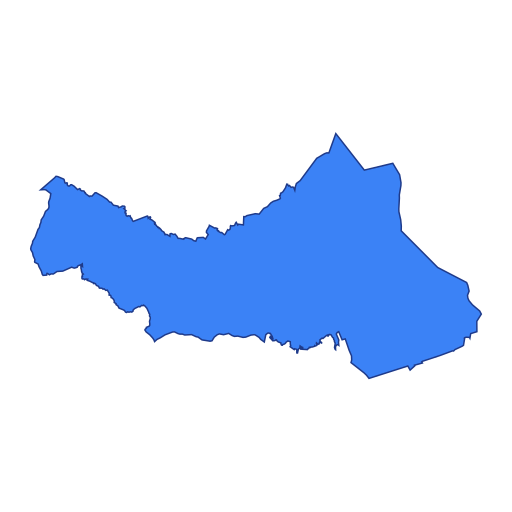 Racaciuni, Bacau, Romania
{"feature_id": "2599482B8693341278780", "entity_name": "Racaciuni", "entity_type": "district", "adm_level": 2, "iso_a3": "ROU", "parent_name": "Romania", "parent_adm1": "Bacau", "projection": "mercator", "projection_center": [26.919, 46.359], "detail": "fine", "context": "isolated", "style": "filled", "palette": "blue", "viewbox_px": 512, "rotation_deg": 0, "n_neighbors": 0, "source": "geoboundaries", "source_scale": "gbopen_adm2", "svg_char_len": 6022}
<svg xmlns="http://www.w3.org/2000/svg" viewBox="0 0 512 512"><path d="M476.9,331.7L476.8,321.3L481.3,314.1L479.7,311.0L472.4,304.8L469.0,300.7L467.9,298.2L467.5,295.3L469.1,291.1L467.8,285.3L466.6,282.5L437.7,267.5L401.2,230.8L401.3,226.1L400.7,219.8L398.9,211.7L398.8,208.9L399.4,198.1L399.3,194.9L400.9,185.6L401.0,182.7L399.6,174.7L392.8,163.3L364.3,170.1L335.8,133.6L328.9,152.9L326.6,152.9L324.5,153.7L316.7,158.3L300.2,180.6L296.4,183.5L295.4,186.6L294.8,190.3L293.6,187.3L292.3,187.0L291.1,187.4L289.5,185.5L288.7,186.0L287.9,185.1L287.7,184.3L286.8,184.1L285.5,187.8L283.0,191.7L281.5,192.9L280.6,193.2L280.3,195.4L279.6,195.6L280.4,198.2L280.0,198.8L276.9,200.2L273.3,201.3L270.7,203.0L267.4,206.7L263.7,208.4L259.2,214.1L255.3,213.7L246.9,215.6L245.2,216.7L243.8,216.6L243.4,224.9L238.4,224.2L237.8,225.0L236.2,222.3L235.5,223.2L234.7,225.2L234.2,225.6L231.8,225.9L230.6,225.6L230.3,226.7L230.4,227.9L229.8,229.5L228.5,230.2L227.7,229.7L225.1,234.4L224.3,234.7L221.7,232.5L220.5,232.6L218.9,231.6L218.6,230.9L218.3,231.2L217.3,230.4L217.1,229.3L217.5,228.8L217.1,228.4L215.6,227.9L214.7,228.1L209.4,225.3L209.2,226.2L206.5,230.9L206.4,232.4L208.2,234.6L205.5,239.0L203.3,237.4L197.9,237.7L197.2,237.9L195.8,241.2L193.8,240.7L191.7,239.1L186.2,237.8L185.2,237.7L183.8,239.1L183.4,238.7L182.8,239.1L179.9,238.4L178.1,238.4L176.9,236.3L175.1,234.1L173.5,234.5L171.3,233.5L170.3,233.7L170.0,233.9L169.9,236.3L167.0,234.5L165.0,234.6L165.0,233.9L164.2,232.9L164.1,232.3L161.4,230.5L161.2,229.8L159.9,228.4L159.3,228.5L159.2,227.8L158.0,227.5L158.2,227.1L156.7,226.2L156.3,225.3L155.8,225.1L155.5,224.2L154.7,224.3L154.5,223.4L154.9,223.2L154.6,222.8L155.0,222.4L151.7,219.8L150.1,219.3L150.6,217.3L150.2,216.8L149.8,216.9L148.2,218.3L147.9,216.4L147.3,216.0L133.2,221.4L132.4,220.4L131.7,218.5L131.3,218.0L130.9,218.0L130.1,215.8L129.5,216.1L128.1,215.7L127.3,216.3L126.2,215.6L125.9,214.2L126.1,213.6L125.9,213.0L125.1,212.9L125.0,212.1L125.2,211.5L126.1,210.8L123.9,208.6L124.9,208.3L124.9,206.7L124.4,206.2L122.2,206.0L121.5,206.7L118.6,207.6L118.0,206.1L113.4,205.2L111.0,202.2L109.6,202.1L107.0,199.3L102.1,196.1L96.1,192.7L95.0,192.8L92.0,196.1L89.9,196.0L89.4,196.5L85.7,193.7L85.4,192.8L84.7,192.7L84.6,192.0L83.9,191.0L81.5,190.8L80.4,190.1L80.4,189.2L79.7,188.6L77.6,189.6L74.1,186.2L71.6,184.7L70.6,184.8L69.5,186.0L68.3,186.0L67.3,184.9L67.3,183.1L66.9,182.8L65.4,183.1L64.9,182.8L64.1,179.6L63.7,179.1L57.8,176.6L56.0,176.3L54.5,177.9L40.7,189.8L44.2,189.6L45.9,189.9L50.8,193.6L50.1,198.1L48.8,201.5L48.6,202.9L49.0,206.0L48.9,207.4L48.5,208.5L47.6,209.6L45.5,211.4L43.7,216.1L41.2,219.9L40.9,222.4L39.9,224.8L39.4,227.5L38.0,229.4L35.2,237.2L32.7,241.3L32.5,243.2L31.2,246.3L30.7,248.7L30.9,249.8L32.5,252.6L33.2,255.9L34.9,259.6L34.6,261.7L34.8,262.3L38.1,264.0L39.0,266.7L41.3,271.0L42.3,274.4L43.1,275.4L46.7,275.1L46.9,273.4L47.5,273.4L49.4,274.8L51.0,273.9L53.3,274.0L57.0,271.5L62.8,271.1L71.6,267.2L74.2,268.1L75.6,267.8L77.3,267.2L77.7,266.1L78.7,265.5L81.2,264.6L82.3,263.8L82.5,266.5L81.6,265.8L80.9,266.1L81.0,268.7L81.4,269.7L81.5,271.2L81.9,272.0L81.9,272.8L83.3,274.1L82.3,274.8L82.4,275.9L82.2,275.8L81.9,276.8L82.0,278.6L82.4,279.0L83.8,278.9L84.5,279.7L85.9,279.0L87.6,279.2L87.0,279.9L87.1,280.3L89.8,281.2L93.3,283.0L93.8,282.8L94.0,283.3L93.9,283.6L95.4,283.6L96.4,285.4L98.5,286.3L99.4,288.1L101.7,288.2L102.7,288.6L103.0,289.2L104.2,288.9L105.8,290.4L107.3,290.1L109.2,293.3L109.1,295.1L110.5,295.3L111.0,296.2L111.1,297.6L112.0,297.9L113.5,299.3L114.3,301.0L114.2,302.5L116.1,303.6L116.0,304.6L117.9,305.9L119.0,308.1L123.2,309.8L124.5,310.5L125.5,312.1L126.6,312.5L127.7,311.8L128.9,312.2L130.6,311.8L131.8,312.1L133.0,311.2L133.1,310.1L134.6,308.6L138.8,306.5L139.9,306.9L141.7,305.4L143.0,305.7L143.6,305.1L144.9,306.0L146.9,308.3L148.6,312.0L149.0,313.3L149.7,314.2L149.5,316.0L150.2,317.1L150.3,318.5L149.5,321.3L149.8,324.0L149.7,325.4L149.1,326.2L146.3,327.4L146.4,328.2L145.1,329.3L144.9,330.0L146.1,331.9L149.8,334.8L152.6,337.9L153.8,339.6L154.6,341.6L157.0,339.4L160.3,337.8L165.1,334.8L172.6,332.0L174.5,331.9L178.0,333.6L179.8,334.1L182.4,334.1L184.7,335.0L191.6,334.6L196.1,336.7L198.1,337.1L202.0,339.9L210.1,341.2L212.0,340.8L214.3,337.1L217.3,334.7L219.4,333.9L223.6,334.7L228.7,333.4L232.0,335.5L234.4,336.4L237.8,336.1L243.0,337.4L245.8,337.1L250.9,335.1L254.1,334.7L255.2,334.9L259.1,337.4L260.7,339.4L264.3,342.0L265.8,334.7L267.6,333.2L268.9,333.0L270.1,333.7L270.4,333.5L272.3,336.6L272.4,337.5L272.9,338.3L272.8,338.9L270.3,336.4L269.8,337.5L272.8,340.8L274.9,340.6L276.0,339.8L276.5,339.9L276.8,340.7L278.2,341.9L280.9,342.9L280.9,343.8L281.5,345.1L282.4,345.2L282.6,344.6L284.5,344.0L285.5,343.2L286.1,342.2L287.9,341.0L290.3,341.7L290.3,344.1L290.7,345.5L290.1,346.7L294.2,349.6L294.6,348.8L296.8,349.4L296.8,352.9L297.5,353.0L298.3,349.5L299.0,348.6L299.7,348.4L300.1,345.9L300.9,346.5L300.6,348.6L300.8,349.2L302.3,349.2L302.4,348.2L302.0,347.8L302.1,347.2L302.7,347.4L302.7,349.3L307.4,349.6L307.7,349.0L308.8,348.5L309.3,347.3L310.5,347.5L310.7,347.1L312.4,347.0L314.6,346.3L314.7,345.8L315.0,346.1L316.6,345.5L317.0,345.0L316.4,343.7L316.5,342.9L318.1,344.3L319.2,343.8L319.2,343.1L319.6,342.1L320.5,342.3L321.3,343.1L321.6,343.0L321.6,342.5L320.5,341.7L319.8,340.0L321.6,338.4L322.2,338.1L322.9,338.5L326.6,335.4L327.9,334.9L327.8,336.6L328.5,335.4L329.7,334.4L331.1,334.9L332.6,337.4L333.5,338.0L333.7,339.4L334.5,340.7L334.4,341.6L335.1,342.9L335.1,344.1L334.5,347.5L335.2,349.4L335.6,349.7L335.5,347.1L336.0,345.6L337.2,344.7L338.0,344.7L338.8,345.3L338.5,342.2L338.8,340.0L336.3,334.0L337.2,332.5L338.7,331.7L342.1,339.8L345.2,338.9L345.6,339.9L349.1,350.2L351.5,355.8L351.7,360.0L351.0,362.6L364.1,372.9L366.5,375.2L369.0,378.4L407.8,366.0L410.1,370.1L414.8,365.8L414.5,365.2L422.4,363.0L421.7,361.8L422.4,361.3L440.0,355.5L452.4,350.9L453.6,351.0L454.9,349.6L462.2,346.2L463.5,345.3L464.6,338.7L464.3,338.2L464.5,337.8L466.1,337.2L469.5,337.4L469.9,338.2L470.7,333.6L476.9,331.7Z" fill="#3b82f6" stroke="#1e3a8a" stroke-width="1.5"/></svg>